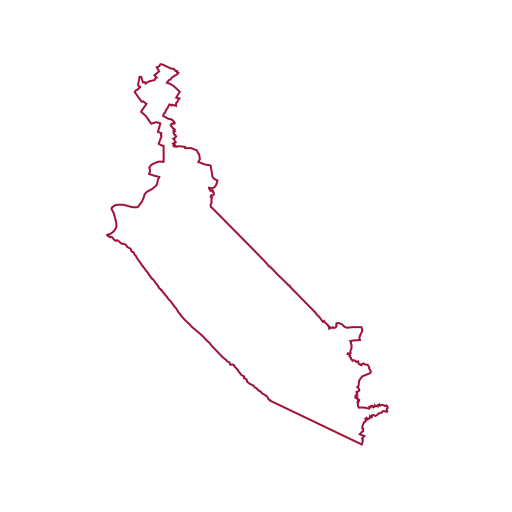 Amphawa, Samut Songkhram, Thailand, rotated 302°
{"feature_id": "78962969B68169586280131", "entity_name": "Amphawa", "entity_type": "district", "adm_level": 2, "iso_a3": "THA", "parent_name": "Thailand", "parent_adm1": "Samut Songkhram", "projection": "robinson", "projection_center": [99.924, 13.363], "detail": "fine", "context": "isolated", "style": "outline", "palette": "rose", "viewbox_px": 512, "rotation_deg": 302, "n_neighbors": 0, "source": "geoboundaries", "source_scale": "gbopen_adm2", "svg_char_len": 6117}
<svg xmlns="http://www.w3.org/2000/svg" viewBox="0 0 512 512"><g transform="rotate(302 256 256)"><path d="M367.9,73.3L365.5,73.4L363.5,71.8L361.2,76.0L355.5,74.1L354.7,77.3L353.4,76.5L351.5,76.8L348.0,73.3L345.7,71.7L343.7,71.0L344.5,69.6L343.2,68.1L347.0,63.9L346.3,62.3L338.5,65.4L338.0,66.1L338.1,68.0L337.7,68.4L336.8,67.9L334.9,67.6L332.2,66.2L330.8,66.2L326.2,77.3L327.3,78.2L327.0,82.5L319.5,82.1L317.4,82.2L316.4,88.1L312.7,97.1L316.8,100.7L317.8,104.6L309.3,107.1L310.0,110.7L308.1,111.2L307.7,112.3L299.6,114.0L299.7,117.1L300.5,119.2L287.3,127.6L286.7,127.6L286.5,126.6L286.0,126.3L285.3,124.7L284.0,123.0L279.4,119.7L277.3,118.8L274.3,118.7L272.4,120.9L268.9,121.9L270.1,126.9L271.8,132.1L268.5,132.5L264.4,134.0L262.4,133.9L257.8,132.4L252.8,129.5L250.4,129.0L249.1,128.9L246.1,129.8L241.9,130.4L236.2,130.0L234.8,129.7L233.7,128.5L231.9,125.3L229.2,116.5L226.7,112.2L224.4,109.6L221.1,108.2L220.0,108.2L219.2,108.7L217.1,112.4L213.8,116.1L209.6,120.4L207.0,122.0L205.3,122.4L201.4,122.3L197.7,120.9L195.1,118.6L194.4,119.7L194.9,121.1L194.6,122.6L195.5,123.3L195.7,124.1L195.5,125.0L194.7,126.4L194.6,128.9L194.6,129.3L195.7,129.8L196.0,130.7L195.3,134.3L195.4,136.3L196.0,136.7L196.3,137.4L196.5,139.8L195.4,142.1L195.7,145.5L195.2,146.6L194.5,147.1L193.8,149.0L194.3,149.4L194.2,150.3L192.6,152.8L192.6,153.9L191.3,155.9L188.4,162.9L187.6,164.1L187.5,165.4L186.8,166.3L186.5,167.9L185.4,170.1L184.2,174.1L183.6,174.6L182.5,177.8L182.1,178.1L182.1,178.8L181.6,179.4L181.8,180.6L178.2,189.9L177.7,190.2L177.4,191.0L177.3,192.6L176.7,193.5L177.1,194.1L175.9,196.4L175.9,197.2L175.4,197.7L175.4,198.7L174.7,200.0L174.3,201.9L173.0,204.6L172.4,207.7L170.1,213.1L169.2,216.2L167.4,219.7L165.1,225.8L163.9,230.6L163.0,235.6L162.0,238.7L160.0,252.3L158.3,258.9L157.6,262.8L156.5,265.4L152.4,281.8L152.0,285.5L151.4,287.3L151.7,289.7L151.3,290.5L150.2,291.5L150.3,292.1L151.3,293.2L151.9,295.0L150.9,296.4L150.1,299.5L149.8,300.0L149.7,301.3L148.8,302.3L148.2,304.7L147.5,305.9L147.4,308.8L147.6,309.6L146.9,310.2L146.1,310.5L146.4,312.1L146.2,313.5L144.6,315.4L144.3,318.2L144.7,322.8L144.0,324.1L144.1,326.3L143.2,329.8L143.6,330.8L142.7,334.5L142.9,335.9L142.7,340.1L141.6,341.7L141.2,342.9L141.2,344.2L140.8,344.4L152.2,445.6L155.3,444.8L155.7,444.2L156.8,443.9L157.4,442.6L160.7,443.3L159.8,438.4L163.2,439.1L164.1,439.7L166.4,438.3L166.3,437.2L168.0,436.5L170.8,435.8L171.6,436.0L172.8,435.8L173.3,436.5L174.8,436.4L175.9,435.0L176.3,435.4L177.3,435.5L177.1,436.0L176.2,436.8L176.5,437.4L177.4,437.2L178.7,438.5L180.7,437.5L180.7,438.4L180.2,438.8L180.2,439.3L181.0,439.6L182.7,438.9L183.6,440.5L183.5,441.5L183.6,442.0L185.2,442.9L187.7,443.6L190.1,445.7L191.1,445.6L191.8,445.9L192.8,447.9L192.8,448.8L193.4,449.7L193.9,449.6L195.2,448.1L195.9,447.9L197.1,448.2L198.3,446.5L198.4,445.9L197.7,445.8L197.4,445.2L197.1,444.6L197.2,443.5L196.3,441.4L194.9,440.6L195.4,439.7L194.8,439.8L194.4,438.6L193.3,438.9L193.6,438.2L192.6,437.9L192.4,437.0L191.9,436.8L192.1,436.1L191.3,436.5L189.9,435.7L190.2,435.2L190.0,434.6L190.6,434.2L190.1,433.1L188.8,432.8L188.4,433.1L188.1,432.4L187.8,432.9L186.5,432.8L186.1,431.5L185.7,431.0L185.5,429.4L184.9,428.9L184.7,427.8L181.9,423.5L183.3,421.4L185.6,420.4L185.7,419.5L187.0,419.2L187.8,420.2L188.7,419.8L188.7,419.4L187.9,418.8L188.7,417.9L188.6,416.5L189.4,417.1L189.7,417.0L188.9,415.4L189.1,414.8L190.6,414.4L191.1,415.6L191.7,415.7L192.5,414.6L193.6,414.4L193.6,413.5L193.9,413.2L196.2,414.8L196.8,414.9L198.0,413.5L198.6,411.3L199.5,411.7L200.6,411.6L204.6,409.7L206.6,409.5L210.4,410.0L216.7,414.6L218.1,415.0L219.0,414.5L220.4,411.8L220.8,411.3L221.6,411.0L222.9,408.4L221.9,406.3L221.8,404.0L220.4,403.0L219.3,403.4L219.1,403.1L219.2,402.1L218.9,400.5L220.8,398.4L219.2,397.2L219.8,395.5L219.3,394.5L219.2,393.6L218.3,393.3L219.3,390.8L219.8,390.6L220.1,390.1L220.1,389.5L220.4,388.7L221.5,388.6L221.7,387.2L221.3,385.7L222.2,385.5L222.5,386.7L223.9,387.7L225.1,386.6L226.6,386.1L228.3,386.0L229.9,384.8L231.0,384.4L232.0,382.9L233.1,382.3L233.7,381.0L235.7,383.0L239.8,388.7L241.1,387.2L243.9,386.3L249.1,385.8L249.6,385.1L250.4,384.6L251.5,383.0L247.2,376.1L243.4,371.2L242.8,368.7L243.6,365.1L243.0,361.9L242.3,360.6L241.6,359.9L240.9,360.4L240.0,360.5L239.5,361.4L237.5,361.4L236.3,360.0L236.4,359.2L235.8,359.2L235.5,358.3L233.9,356.9L233.2,356.6L234.0,355.8L234.4,356.4L234.7,356.3L235.1,355.3L235.1,354.3L235.6,353.0L236.4,348.8L236.9,348.2L236.6,348.1L236.2,348.3L236.2,347.8L235.7,347.5L237.9,341.7L238.8,337.8L239.3,337.0L247.7,302.2L248.1,301.1L248.7,300.5L248.3,298.9L248.7,298.2L251.6,284.6L254.5,273.3L254.0,272.6L254.9,270.4L255.9,267.1L260.5,248.3L273.5,193.5L273.7,191.5L276.1,190.1L278.1,190.0L279.0,188.9L280.2,188.5L280.9,187.8L282.2,187.7L282.4,186.0L283.1,186.1L283.7,185.9L284.3,187.1L284.8,187.5L285.9,187.6L286.9,187.0L287.3,185.6L288.3,185.5L288.6,184.6L288.5,184.0L287.3,183.3L287.1,182.8L287.8,182.0L288.1,180.9L289.0,180.1L290.3,183.0L291.1,183.6L292.7,184.3L294.5,184.6L296.2,184.3L299.6,183.3L299.3,179.6L300.1,177.1L308.5,169.8L308.4,168.5L306.5,164.1L305.2,157.3L308.3,157.1L310.7,155.1L312.2,153.7L312.9,151.8L314.2,149.9L313.1,143.7L309.9,138.9L310.0,138.5L310.9,138.2L310.9,137.8L308.1,132.2L306.4,130.6L306.7,129.8L305.5,128.9L305.7,127.4L306.2,127.2L306.6,127.9L307.4,128.1L307.8,127.6L307.4,126.9L307.5,126.1L310.0,127.6L310.3,126.4L311.4,124.9L311.7,123.7L312.7,124.6L315.0,124.9L315.3,124.0L316.0,123.5L315.7,122.1L316.8,120.7L317.9,120.9L318.3,120.0L318.9,120.8L319.2,119.8L320.3,119.9L320.3,117.7L320.8,117.1L321.2,115.2L321.8,114.8L321.9,114.3L323.9,114.6L324.6,116.3L325.4,116.7L326.0,116.4L326.5,114.6L327.0,114.0L326.8,112.1L327.0,111.3L326.3,110.3L325.9,109.0L325.6,102.9L328.1,102.4L329.6,103.1L331.2,102.3L334.2,102.6L338.6,102.2L339.0,104.7L339.9,104.7L340.9,108.6L343.3,107.2L344.7,107.6L347.2,107.3L349.0,107.6L348.0,104.4L354.9,104.3L356.6,95.8L356.4,91.8L355.7,88.6L358.9,88.9L360.5,89.9L362.9,90.1L369.0,93.1L370.3,93.0L370.1,91.6L371.0,91.1L370.3,89.7L370.6,89.4L370.6,88.2L371.0,87.9L371.2,87.2L369.9,84.5L369.0,76.5L368.4,73.9L367.9,73.3Z" fill="none" stroke="#9f1239" stroke-width="2"/></g></svg>